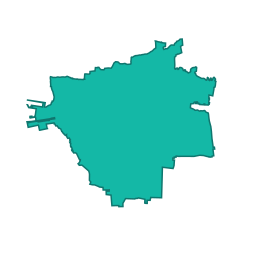 the district of Kota Probolinggo, Jawa Timur, Indonesia, rotated 256°
{"feature_id": "22746128B48742890195125", "entity_name": "Kota Probolinggo", "entity_type": "district", "adm_level": 2, "iso_a3": "IDN", "parent_name": "Indonesia", "parent_adm1": "Jawa Timur", "projection": "mercator", "projection_center": [113.213, -7.771], "detail": "fine", "context": "isolated", "style": "filled", "palette": "teal", "viewbox_px": 256, "rotation_deg": 256, "n_neighbors": 0, "source": "geoboundaries", "source_scale": "gbopen_adm2", "svg_char_len": 5859}
<svg xmlns="http://www.w3.org/2000/svg" viewBox="0 0 256 256"><g transform="rotate(256 128 128)"><path d="M196.5,65.2L195.5,64.7L192.8,64.4L191.9,64.0L188.7,63.5L187.0,62.9L186.7,63.7L185.0,63.4L182.7,63.6L181.7,63.9L176.0,63.9L173.4,62.8L172.2,61.8L172.4,60.9L172.0,60.7L171.4,60.6L171.3,60.0L170.5,59.4L170.0,59.4L169.2,58.4L169.2,57.0L168.9,55.7L168.1,53.5L168.6,52.0L172.6,53.8L179.7,36.6L173.0,51.8L169.1,50.1L173.4,39.8L172.9,39.5L172.3,40.8L171.3,40.3L172.0,38.4L171.4,38.2L172.0,36.8L174.8,36.2L174.9,35.9L171.8,36.6L168.9,43.6L162.5,41.0L161.5,39.7L161.6,37.6L162.7,37.6L163.0,35.8L162.4,35.6L162.3,35.4L161.4,35.5L161.0,40.8L160.8,40.9L158.6,40.7L157.8,40.5L157.3,40.1L157.7,35.9L158.5,31.5L158.3,31.5L157.6,35.8L155.9,53.4L155.8,55.3L156.0,55.6L156.0,56.1L155.8,59.2L154.7,59.1L155.0,55.6L155.3,55.4L155.4,53.7L154.4,53.6L154.5,52.6L155.5,52.5L155.7,52.1L155.8,51.4L154.8,51.2L155.6,42.5L155.8,42.2L156.6,41.4L157.2,35.7L157.2,31.5L152.8,31.3L152.5,41.6L152.3,41.8L147.3,41.6L147.2,41.7L146.9,49.7L147.0,49.7L147.1,49.4L151.6,49.7L150.8,57.5L150.2,57.6L149.8,57.4L149.5,58.0L149.1,58.2L148.2,58.2L147.4,58.5L147.4,59.7L144.7,60.7L144.8,61.0L144.3,61.3L143.4,62.5L140.6,62.9L140.4,63.3L139.1,63.6L138.2,64.1L138.1,64.3L137.2,64.6L137.1,64.9L136.4,65.1L136.0,65.4L135.8,65.7L136.3,66.7L135.3,66.4L134.2,66.6L133.6,66.6L132.5,67.1L132.5,68.5L130.5,69.2L130.3,68.5L128.5,68.8L128.4,68.0L127.3,68.2L126.7,68.7L125.9,68.3L124.3,67.9L123.3,68.1L123.4,68.5L120.6,68.8L120.4,68.0L119.7,68.0L119.8,68.9L118.7,69.1L118.3,68.7L116.8,69.4L116.8,70.7L115.8,71.9L108.9,73.3L108.8,74.1L107.9,73.8L106.1,72.2L105.4,70.9L103.6,71.7L103.2,74.1L102.8,74.6L95.8,79.5L93.8,79.6L92.2,79.4L86.6,77.9L84.6,78.8L82.7,77.4L81.5,79.7L80.9,81.8L78.4,85.3L77.7,85.9L76.4,89.4L73.9,88.9L72.6,94.1L72.6,94.8L71.3,94.5L71.9,91.5L68.7,90.8L67.0,95.3L56.5,93.6L55.5,98.2L54.9,100.3L53.9,100.1L53.0,104.1L56.1,104.8L60.1,108.5L57.5,117.6L57.7,117.9L57.8,118.2L57.4,120.3L57.7,121.1L54.7,127.2L51.1,126.1L50.5,127.2L50.2,128.4L53.2,129.1L52.5,132.0L53.4,132.3L54.0,132.8L55.1,133.2L52.2,143.7L81.6,151.9L77.8,161.9L78.4,162.2L78.9,162.7L80.7,163.7L81.8,164.0L85.6,165.3L85.9,163.9L87.9,164.2L87.6,165.7L88.6,165.9L88.1,167.5L89.0,167.7L89.0,168.3L88.3,170.0L86.0,179.4L84.5,185.1L84.2,191.0L83.0,194.7L81.1,198.1L80.6,199.5L80.3,199.5L79.8,201.0L79.8,201.6L79.6,202.5L80.4,202.8L80.3,204.5L86.9,205.3L86.6,207.0L88.5,207.2L88.7,206.0L97.4,206.9L104.5,208.1L109.4,208.7L115.0,208.6L118.1,208.9L121.6,209.4L123.1,209.5L124.5,207.6L125.1,207.2L126.2,206.8L126.5,206.3L126.6,204.2L127.2,202.8L127.0,201.9L127.2,201.4L128.6,199.8L128.7,199.4L128.8,197.9L129.0,197.3L129.3,197.2L130.7,195.8L132.5,193.4L132.9,193.5L136.2,194.7L135.8,197.9L136.8,198.2L137.0,199.1L136.5,200.0L135.4,199.6L135.1,200.6L135.8,200.8L136.2,200.3L136.8,200.6L136.5,201.6L135.4,201.4L135.0,202.5L134.3,202.2L133.9,203.4L133.4,203.3L132.2,207.1L132.9,207.4L132.7,208.3L131.8,208.1L130.9,211.6L131.7,212.0L131.5,212.6L132.9,213.2L133.2,212.5L135.7,213.3L135.6,213.7L135.7,213.8L137.3,214.2L137.4,213.6L139.1,214.1L140.4,214.6L138.7,218.0L145.0,220.8L146.6,221.2L146.6,222.2L148.0,223.0L151.1,224.1L152.0,224.6L152.8,223.7L153.2,223.8L153.7,224.5L154.4,224.7L155.1,224.3L156.0,224.1L156.3,223.9L156.4,223.6L156.2,223.0L155.5,222.4L154.4,221.6L154.1,221.2L153.9,220.9L154.1,220.5L154.3,220.4L156.0,220.7L156.3,220.6L156.4,220.2L154.7,219.2L154.4,218.9L154.3,218.6L154.6,218.3L155.1,218.1L156.3,218.2L157.0,218.1L157.8,217.4L157.7,217.2L155.7,216.3L155.4,215.8L155.5,215.4L157.3,214.2L157.7,213.7L157.9,213.3L158.2,211.6L158.6,211.1L161.6,207.6L163.3,206.7L164.3,206.8L164.7,206.4L165.5,206.2L166.2,206.7L166.4,207.9L166.8,208.2L168.9,208.8L169.6,209.2L170.3,209.2L170.9,208.6L170.6,208.2L170.9,205.7L170.8,204.8L170.3,204.0L170.0,203.2L169.6,202.9L168.7,202.6L168.0,202.6L167.5,202.3L167.2,201.7L167.2,200.9L166.8,200.4L166.8,199.9L167.6,199.1L168.6,198.7L169.0,197.4L169.6,197.2L170.2,197.7L170.7,197.4L170.7,196.9L170.3,196.0L170.4,195.6L172.6,195.4L173.7,194.3L174.2,193.1L174.1,192.5L172.8,191.3L172.7,190.9L172.8,190.6L173.8,190.6L174.2,190.4L174.3,189.6L174.2,189.0L173.5,188.7L173.5,188.4L173.6,188.1L174.0,187.8L174.4,187.7L175.2,187.8L177.6,188.6L183.0,189.7L185.6,190.4L185.9,191.6L187.4,192.3L187.3,193.0L187.4,193.4L187.8,193.7L187.8,194.0L187.5,195.0L188.1,198.4L194.3,198.7L195.0,199.9L195.1,201.1L201.2,202.1L201.6,200.0L200.7,198.8L200.7,198.4L200.2,196.9L200.3,196.1L199.5,195.7L199.2,195.3L199.1,194.5L198.4,193.5L197.2,192.8L198.0,190.4L197.9,189.3L195.4,185.3L195.8,183.7L195.5,181.8L196.2,181.5L197.8,181.7L198.1,182.7L198.0,184.0L201.3,185.0L202.2,182.3L203.2,181.2L202.8,180.9L202.9,180.6L203.5,180.1L204.1,178.8L204.2,178.4L205.7,176.0L205.8,175.5L204.9,175.6L199.8,174.6L198.7,174.1L198.7,173.7L198.3,173.0L198.3,172.5L197.2,170.8L196.7,169.7L196.6,168.8L195.7,166.6L195.2,164.2L195.6,162.4L195.6,160.8L195.8,159.5L195.7,158.0L196.0,157.1L196.1,154.5L196.4,152.8L196.2,151.9L196.3,151.7L195.5,149.2L195.9,148.5L195.6,148.2L193.3,147.5L191.9,146.9L191.0,146.8L189.5,146.3L189.4,146.0L189.6,144.3L190.0,142.3L190.5,141.9L190.7,141.3L191.4,140.7L191.6,138.1L192.3,135.7L192.8,135.3L193.9,134.8L194.5,134.2L195.3,132.0L194.5,130.2L191.6,127.8L190.1,126.2L191.0,123.3L191.5,119.8L190.7,119.3L190.5,118.7L190.3,118.6L191.2,115.8L192.6,114.9L193.9,114.4L194.2,113.4L193.9,113.0L194.5,111.0L191.4,109.8L192.0,104.8L190.3,104.4L190.4,104.2L189.7,103.7L189.9,102.4L190.1,101.9L190.7,100.1L190.8,99.1L187.0,97.8L185.8,97.8L186.1,96.5L185.8,96.3L186.9,92.9L187.0,91.8L187.6,91.2L187.8,90.5L187.6,90.5L187.8,89.6L188.3,88.7L189.0,86.8L189.2,86.0L189.8,86.2L190.1,84.8L190.4,84.5L190.6,84.6L191.0,84.1L191.3,83.3L191.8,83.0L192.9,81.4L192.6,79.6L192.6,79.2L193.1,78.0L193.5,76.4L193.7,74.1L194.5,72.2L194.5,70.2L195.3,67.1L195.7,66.8L196.5,65.2Z" fill="#14b8a6" stroke="#0f766e" stroke-width="1.5"/></g></svg>